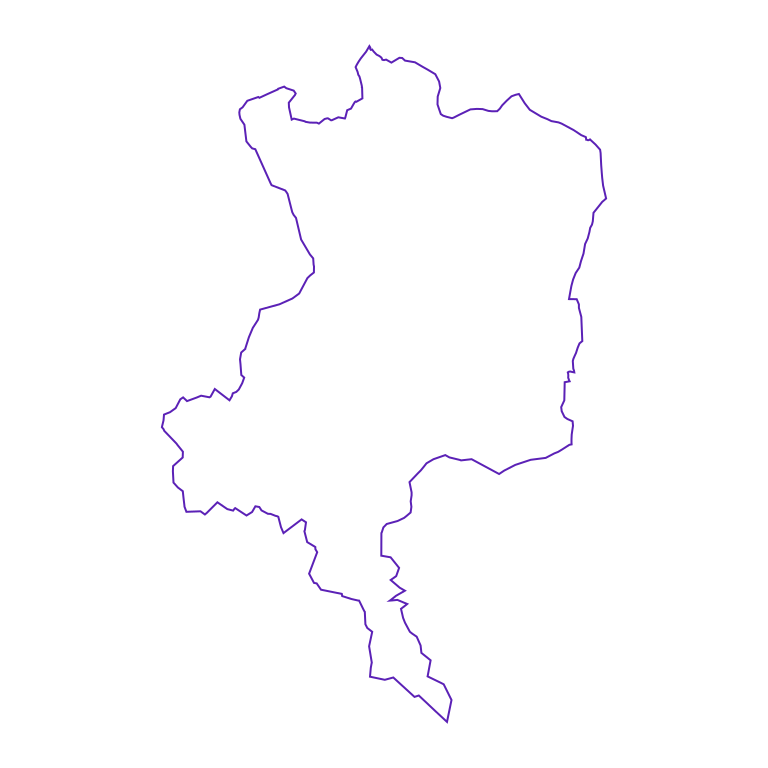 outline of Kubau, Kaduna, Nigeria
{"feature_id": "59680162B90439441381954", "entity_name": "Kubau", "entity_type": "district", "adm_level": 2, "iso_a3": "NGA", "parent_name": "Nigeria", "parent_adm1": "Kaduna", "projection": "robinson", "projection_center": [8.343, 10.814], "detail": "fine", "context": "isolated", "style": "outline", "palette": "violet", "viewbox_px": 768, "rotation_deg": 0, "n_neighbors": 0, "source": "geoboundaries", "source_scale": "gbopen_adm2", "svg_char_len": 4671}
<svg xmlns="http://www.w3.org/2000/svg" viewBox="0 0 768 768"><path d="M499.1,474.0L504.2,470.6L515.3,464.9L530.7,459.8L545.7,457.9L549.9,455.7L554.3,453.4L558.1,451.9L561.1,450.1L569.4,444.8L571.6,444.4L571.5,442.4L571.5,439.3L571.7,434.6L572.3,430.4L573.0,425.8L572.6,421.3L567.4,419.0L564.5,417.0L561.7,411.2L561.2,407.1L564.3,400.4L564.7,382.2L569.6,381.3L568.9,379.8L568.7,379.0L568.3,378.1L568.2,377.7L568.3,375.5L568.2,373.9L567.8,372.4L568.2,372.1L568.5,371.9L569.0,371.7L570.3,371.5L570.6,371.6L572.3,372.0L574.3,372.4L574.0,370.6L573.3,368.7L572.8,361.0L573.4,358.8L574.7,355.8L576.0,353.0L577.7,347.7L579.5,343.4L582.3,341.1L581.3,316.9L578.9,307.9L578.9,304.4L576.7,299.2L569.0,299.1L570.6,290.2L571.4,285.9L573.1,279.5L575.7,273.0L579.3,267.6L581.0,261.1L583.5,253.6L585.1,244.0L587.7,238.5L589.4,232.1L590.2,227.8L592.0,224.6L592.8,221.3L593.5,212.8L600.3,204.3L602.2,201.9L606.1,198.5L603.1,185.6L602.2,177.9L601.8,173.2L601.2,165.2L600.6,153.0L600.1,149.7L595.5,144.5L590.6,140.0L590.0,139.4L588.9,140.1L588.2,140.2L587.5,140.1L586.7,139.7L586.2,139.7L585.9,137.2L585.6,137.0L581.2,135.1L573.5,130.0L570.7,128.5L561.6,123.6L558.5,122.4L551.4,121.1L547.5,119.2L541.3,116.7L529.8,109.8L524.7,103.2L518.9,94.0L515.6,94.8L511.5,96.3L506.7,100.7L502.2,105.3L499.8,108.7L497.2,111.2L492.3,111.3L488.4,110.9L482.6,109.1L476.9,108.9L470.4,109.4L459.4,114.7L453.9,117.5L452.1,118.2L446.6,116.8L443.2,115.7L440.8,114.1L439.0,108.9L437.5,104.4L437.7,96.6L440.3,88.0L439.1,81.5L435.3,74.2L427.6,69.6L422.6,66.8L415.0,62.3L405.0,60.6L402.2,58.0L399.4,57.8L391.4,62.6L386.1,59.6L384.0,60.1L382.4,59.8L381.4,57.6L379.5,56.1L376.6,54.6L373.7,51.6L372.1,49.5L370.9,49.9L370.2,49.0L370.3,47.6L369.4,46.1L366.1,51.7L360.8,58.4L359.8,59.9L358.9,61.2L356.8,64.7L355.6,67.1L357.6,71.9L358.3,74.8L359.4,76.4L360.1,78.8L361.7,85.3L362.0,87.3L361.9,87.5L362.1,87.8L362.4,98.4L356.3,101.8L355.5,101.5L355.2,101.7L354.6,102.4L353.5,104.2L351.0,108.6L347.2,110.2L345.3,117.6L344.9,118.5L338.3,117.3L331.9,120.2L331.1,120.3L328.1,118.4L327.3,118.3L324.6,119.0L318.9,123.6L316.9,122.7L310.0,122.6L305.4,121.8L304.8,121.3L293.9,118.6L291.7,119.6L289.0,107.3L288.8,102.7L294.4,95.7L294.8,95.3L295.7,93.5L293.7,90.6L286.3,88.2L284.2,86.6L278.1,88.8L277.9,89.4L267.4,94.1L259.4,97.8L258.3,97.0L247.3,100.8L242.6,107.3L239.9,109.3L239.3,112.4L239.5,114.8L240.4,118.8L244.4,124.7L246.4,141.4L250.8,146.9L252.2,148.4L255.3,149.2L270.2,182.4L270.6,183.3L271.6,185.2L285.1,190.4L286.0,191.5L287.6,193.9L291.5,209.3L292.3,212.3L293.7,215.0L296.0,217.9L301.1,239.5L309.9,254.4L313.2,258.4L313.6,264.6L314.0,266.5L313.9,272.5L310.2,275.4L307.4,278.1L299.2,293.5L292.4,298.5L279.4,304.3L260.1,309.6L259.3,313.3L258.7,317.4L258.0,319.8L252.8,327.9L248.9,337.2L245.3,348.5L245.3,348.9L241.2,352.5L240.0,359.3L240.5,364.3L241.3,375.0L244.2,377.6L242.2,383.2L238.8,389.5L236.3,391.9L232.8,393.3L231.9,396.3L229.5,400.3L214.8,389.0L210.6,396.6L209.5,397.3L201.1,395.7L196.8,397.5L187.0,401.1L186.0,400.1L183.1,397.4L180.3,399.3L175.7,408.1L170.0,412.2L166.2,413.7L164.0,414.6L163.6,419.5L163.5,420.5L162.0,426.7L161.9,427.2L163.5,429.1L164.3,430.9L176.5,443.6L177.5,445.0L182.9,451.7L182.7,457.5L173.1,466.1L172.9,471.3L173.5,482.6L177.9,487.5L182.8,491.2L183.5,497.8L184.4,505.5L184.5,506.7L186.4,511.8L200.5,511.3L204.9,514.5L206.8,512.9L211.2,508.5L217.4,502.3L227.3,509.1L233.1,510.6L234.1,509.3L234.2,509.1L234.9,508.3L235.2,508.1L246.5,515.5L252.1,512.0L255.4,506.3L259.3,507.0L261.5,510.4L267.9,513.8L270.6,513.9L275.4,515.8L277.4,516.3L278.3,516.8L280.9,526.8L281.0,527.2L283.5,533.1L288.1,529.6L301.6,519.4L306.0,522.3L304.9,530.0L304.4,531.2L305.6,535.9L307.2,542.1L315.3,547.0L315.4,549.2L317.2,552.2L309.1,573.7L314.0,582.9L316.7,583.4L321.0,589.7L341.8,593.9L342.2,596.1L351.4,599.0L357.9,600.5L359.1,600.6L363.5,609.6L364.5,611.5L364.8,611.8L365.4,624.3L367.3,628.0L372.2,631.8L369.1,646.3L371.8,662.7L371.7,662.8L370.8,667.8L370.0,676.7L384.8,679.8L393.3,677.5L414.5,696.9L418.8,695.5L436.0,711.7L447.0,721.9L451.5,700.0L443.7,684.3L440.8,682.8L427.6,676.4L430.6,660.3L421.4,652.9L420.6,645.5L416.7,636.7L412.3,633.7L409.9,631.8L408.8,629.8L405.0,622.7L403.1,617.9L401.0,608.8L405.6,605.3L407.2,604.0L397.4,599.9L392.6,600.4L389.9,600.6L391.0,599.8L396.0,595.8L404.9,590.7L399.7,587.7L390.7,580.0L396.2,576.1L399.1,567.9L390.6,557.3L381.3,555.7L381.4,533.0L381.7,532.6L383.4,527.4L386.7,524.0L397.6,521.0L404.1,517.9L406.5,516.0L410.6,512.5L411.4,506.8L410.7,501.3L411.6,495.3L411.6,492.4L409.5,482.1L417.8,473.4L420.8,470.4L423.5,467.1L426.5,463.3L433.5,459.2L445.3,455.1L449.4,457.4L460.1,460.0L461.0,460.4L471.6,459.2L499.1,474.0Z" fill="none" stroke="#5b21b6" stroke-width="2"/></svg>